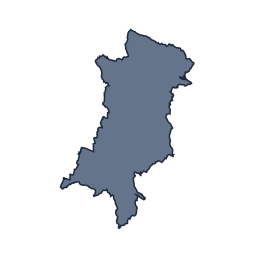 Isverna, Mehedinti, Romania (Natural Earth projection), rotated 74°
{"feature_id": "2599482B93606099266204", "entity_name": "Isverna", "entity_type": "district", "adm_level": 2, "iso_a3": "ROU", "parent_name": "Romania", "parent_adm1": "Mehedinti", "projection": "natural_earth1", "projection_center": [22.644, 44.967], "detail": "fine", "context": "isolated", "style": "filled", "palette": "slate", "viewbox_px": 256, "rotation_deg": 74, "n_neighbors": 0, "source": "geoboundaries", "source_scale": "gbopen_adm2", "svg_char_len": 5840}
<svg xmlns="http://www.w3.org/2000/svg" viewBox="0 0 256 256"><g transform="rotate(74 128 128)"><path d="M221.7,163.2L220.3,161.9L219.8,161.7L220.4,158.5L220.1,157.9L219.2,157.2L219.6,154.9L218.2,154.2L217.5,154.5L215.8,153.1L215.2,152.3L215.3,151.7L216.1,151.3L214.6,150.1L213.1,148.4L213.4,147.2L213.8,147.1L214.3,146.2L214.0,145.2L213.3,144.1L212.0,143.8L211.5,143.1L208.8,142.3L207.6,141.3L206.5,141.2L204.8,141.9L202.0,141.8L200.8,141.5L199.8,140.6L200.1,140.5L199.8,139.7L200.2,139.5L200.2,139.2L199.1,139.0L197.5,138.2L196.5,137.2L194.4,138.6L195.1,137.2L198.1,135.6L201.3,132.6L201.2,131.6L200.9,131.4L200.4,131.7L200.2,131.0L199.4,131.0L198.7,132.0L198.0,131.9L196.3,133.3L195.7,132.8L192.1,136.8L190.2,136.9L185.9,138.0L177.8,136.8L176.7,135.4L176.2,134.3L175.7,134.1L174.5,134.8L172.9,134.5L172.3,133.6L172.4,133.1L173.7,132.2L174.2,130.5L176.3,129.2L177.8,128.7L174.6,128.6L174.0,128.2L175.1,127.8L175.3,127.4L173.7,124.9L175.7,122.4L174.1,121.2L173.2,119.2L170.8,117.0L170.4,115.4L169.3,114.3L169.7,112.7L169.5,111.7L169.1,111.1L168.2,110.8L168.5,109.9L168.4,109.0L168.0,108.7L168.2,107.2L170.1,105.2L170.2,104.4L169.5,103.8L169.1,102.8L167.3,100.9L167.7,100.6L167.8,100.4L167.5,100.4L168.0,99.8L167.3,99.4L166.3,98.1L165.3,97.7L164.8,96.0L165.6,94.5L166.4,94.3L166.4,93.8L167.8,92.6L167.7,92.4L167.1,92.5L166.4,91.7L166.3,92.6L164.7,92.3L161.4,91.1L159.0,91.4L158.6,91.9L156.2,92.3L154.5,92.2L152.4,90.9L147.4,90.6L145.3,89.6L144.9,89.1L141.2,87.0L140.6,86.3L140.7,85.4L140.2,85.1L139.0,85.3L138.5,85.8L137.7,86.0L136.7,85.8L135.4,86.2L133.3,87.6L129.2,88.3L128.7,88.7L127.6,88.5L125.7,87.1L125.4,83.8L125.7,83.7L122.1,82.4L119.1,82.8L117.7,81.5L117.1,81.8L116.2,81.8L115.6,81.0L116.0,81.1L116.4,80.7L114.8,80.7L113.8,79.5L113.8,77.6L111.5,77.8L111.1,76.8L110.0,76.9L110.2,76.4L109.8,76.3L109.8,75.6L109.6,75.3L107.7,75.3L107.0,76.4L104.8,77.4L104.8,76.7L105.1,76.5L104.2,76.3L101.3,73.9L101.5,72.3L102.3,72.3L102.6,70.6L102.4,70.4L102.5,69.7L102.9,69.6L102.9,69.2L102.4,68.8L101.5,69.3L100.9,68.0L100.2,67.4L100.5,65.9L101.2,64.6L101.4,63.4L102.3,62.1L103.1,61.9L103.4,61.0L103.1,59.4L102.6,58.4L103.1,56.2L102.5,54.6L101.4,54.9L99.0,57.4L97.0,58.4L97.0,58.6L97.5,58.8L96.8,60.4L96.3,61.0L96.5,61.9L95.5,62.6L94.4,64.1L93.8,64.3L93.2,64.1L93.2,63.7L94.5,62.4L94.4,62.1L95.0,61.2L94.8,60.6L96.0,59.1L94.3,58.8L93.6,60.2L93.3,60.0L93.4,59.0L92.4,58.9L91.3,57.6L90.2,57.7L90.0,57.3L90.7,56.0L90.3,53.7L88.2,51.9L88.2,51.3L86.1,49.2L85.1,47.6L83.8,46.9L83.3,46.8L82.9,47.6L81.5,48.5L79.2,49.2L78.3,49.9L78.0,50.9L78.2,52.0L77.4,52.9L76.3,53.1L74.9,52.5L74.3,52.8L73.1,52.6L69.7,53.4L68.4,54.0L68.4,55.6L65.8,55.7L63.8,59.9L62.7,60.9L60.1,62.1L60.1,62.6L60.7,63.0L60.9,63.6L59.2,64.4L58.6,65.3L58.8,65.9L60.3,67.2L60.2,68.5L58.2,68.9L57.4,71.4L55.9,72.4L56.6,74.3L55.9,74.9L54.4,75.3L54.6,76.2L53.9,77.0L52.8,77.5L50.7,79.6L49.6,81.2L46.8,82.7L46.4,83.6L44.5,85.4L43.6,87.9L43.0,88.2L42.4,89.9L39.5,93.5L37.4,94.8L36.7,96.0L34.1,98.3L34.7,98.8L35.4,100.5L36.6,101.7L41.1,103.8L42.5,103.8L43.3,104.1L46.1,106.5L46.5,107.4L47.3,107.9L49.6,107.8L50.8,108.4L53.0,108.0L55.2,108.2L57.0,107.6L57.8,107.9L58.7,107.7L59.4,108.0L59.2,111.5L58.7,112.1L59.0,112.3L59.5,113.7L60.9,114.8L58.8,117.4L58.6,118.2L58.8,119.7L60.4,121.2L60.1,122.1L59.3,122.9L59.2,123.8L58.4,124.5L57.1,127.3L55.8,127.8L55.6,128.4L54.4,128.4L54.7,128.7L54.1,129.1L55.0,129.1L55.1,129.4L50.8,131.8L51.8,133.4L51.1,135.5L52.6,136.1L51.9,137.4L52.9,137.8L54.0,140.4L55.0,140.9L56.8,140.7L57.0,140.3L57.3,140.5L59.3,139.9L62.0,138.3L65.5,137.7L67.4,137.9L70.1,138.8L70.9,139.3L73.5,139.3L75.7,138.3L77.3,138.5L77.2,137.8L78.1,137.1L78.9,136.9L78.6,136.2L78.8,135.4L79.9,135.5L80.2,134.8L81.6,134.9L82.1,134.6L81.8,136.3L83.0,138.6L84.8,138.6L85.0,139.1L87.8,140.5L87.9,141.3L89.3,141.3L90.5,142.0L90.8,141.7L95.4,143.3L96.7,144.0L97.0,145.3L98.0,145.3L98.2,145.6L99.0,145.3L99.8,144.5L101.6,144.0L101.9,142.9L103.0,142.3L105.8,141.7L108.1,142.0L107.6,143.3L110.9,144.5L112.3,144.5L112.9,145.5L112.2,146.9L111.2,147.4L110.4,148.4L110.9,149.6L112.4,149.5L112.3,150.3L112.8,151.0L115.8,153.2L117.4,153.1L119.6,152.4L120.6,152.6L120.1,153.3L119.5,154.9L119.8,156.5L120.8,157.4L122.7,157.4L122.8,158.3L123.5,159.0L125.0,159.0L125.6,159.7L126.6,159.4L128.5,160.5L128.7,160.9L128.0,162.8L128.5,163.7L133.7,163.8L133.6,165.7L141.3,167.7L135.6,174.6L134.0,178.0L135.0,178.4L135.1,178.9L136.5,179.7L137.8,179.6L138.0,179.8L137.8,180.8L138.8,181.2L138.1,181.8L139.7,182.0L139.3,182.9L139.8,182.9L140.3,182.4L141.4,182.5L143.5,183.9L145.1,184.6L145.6,185.1L145.6,185.8L147.1,186.7L147.8,187.0L149.5,186.3L149.8,185.7L151.3,187.7L153.0,189.1L153.2,190.2L153.0,190.9L155.8,192.1L157.7,193.6L158.0,194.7L156.6,196.0L156.6,196.6L158.5,196.9L159.8,197.6L161.5,197.6L161.6,198.6L161.2,199.3L159.4,201.8L159.8,203.0L158.5,202.9L158.1,203.2L158.1,203.7L160.6,204.5L163.9,207.7L166.4,209.2L168.5,207.9L168.2,206.4L167.7,205.8L167.7,205.1L168.1,204.0L167.7,203.2L168.1,203.2L168.0,202.9L166.0,200.4L165.9,200.0L166.2,199.2L166.5,199.1L165.4,196.7L166.1,195.6L165.5,194.9L165.9,193.8L165.8,192.9L165.5,192.6L166.1,190.2L167.1,189.8L168.1,189.9L169.3,189.1L170.7,186.9L170.5,185.7L171.6,184.4L172.2,183.0L172.9,182.2L174.0,181.8L175.5,180.3L176.6,179.1L176.7,178.0L177.7,176.9L180.3,176.7L182.0,177.8L182.4,178.4L183.5,179.3L183.4,179.6L184.3,179.6L184.0,177.7L184.2,175.5L183.2,173.4L183.3,171.9L181.1,169.1L181.1,168.3L181.8,167.2L181.9,166.2L180.6,165.0L181.5,165.3L184.2,165.3L184.6,165.0L185.1,163.9L186.4,163.9L186.7,163.5L188.3,163.3L188.9,163.5L188.2,161.2L189.4,160.7L191.9,161.2L194.8,160.5L197.3,160.9L202.1,160.1L203.2,160.7L203.3,161.4L204.1,162.4L205.1,162.6L205.8,163.2L208.4,163.2L209.6,162.6L210.9,162.5L213.8,164.5L214.5,164.7L216.4,164.8L218.2,163.4L220.0,163.7L220.3,164.5L221.6,164.6L221.9,163.9L221.7,163.2Z" fill="#64748b" stroke="#1e293b" stroke-width="1.5"/></g></svg>